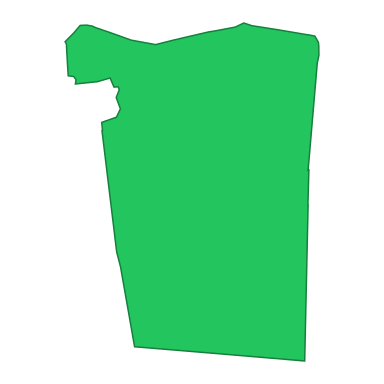 outline of Tal al-Kabir, al-, Al Isma`iliyah, Egypt
{"feature_id": "37247803B71444962307175", "entity_name": "Tal al-Kabir, al-", "entity_type": "district", "adm_level": 2, "iso_a3": "EGY", "parent_name": "Egypt", "parent_adm1": "Al Isma`iliyah", "projection": "equal_earth", "projection_center": [31.89, 30.417], "detail": "fine", "context": "isolated", "style": "filled", "palette": "green", "viewbox_px": 384, "rotation_deg": 0, "n_neighbors": 0, "source": "geoboundaries", "source_scale": "gbopen_adm2", "svg_char_len": 948}
<svg xmlns="http://www.w3.org/2000/svg" viewBox="0 0 384 384"><path d="M102.0,130.7L116.7,252.1L120.5,266.7L134.6,346.8L135.0,346.8L270.7,358.1L304.7,361.0L304.7,360.3L308.1,204.9L307.9,204.9L308.7,176.2L308.9,169.1L308.9,169.3L308.0,171.1L309.1,158.8L317.3,62.8L318.1,59.3L318.9,55.4L318.8,46.2L318.7,45.2L318.6,44.6L318.6,44.4L318.6,43.9L318.4,42.3L314.8,36.0L278.8,29.9L251.5,25.6L249.5,24.9L243.8,23.0L235.7,26.9L233.1,27.5L225.7,28.9L213.9,31.1L208.7,31.9L191.4,35.9L189.3,36.4L173.9,40.0L155.6,44.6L131.1,40.1L108.5,32.0L101.9,29.8L100.9,29.4L95.8,27.7L95.5,27.6L92.4,26.1L86.7,25.1L80.2,25.4L73.9,32.8L65.1,41.7L65.4,42.2L65.9,43.2L66.4,44.1L66.5,45.3L66.5,45.7L66.7,49.9L67.4,62.8L68.2,75.8L73.7,76.5L76.0,79.7L75.4,84.0L82.9,83.2L97.4,81.7L110.1,78.0L114.0,87.1L118.1,86.8L119.3,89.7L116.2,97.5L118.9,104.8L120.4,108.9L116.4,117.2L105.0,121.2L101.7,122.4L102.5,130.6L102.0,130.7Z" fill="#22c55e" stroke="#15803d" stroke-width="1.5"/></svg>